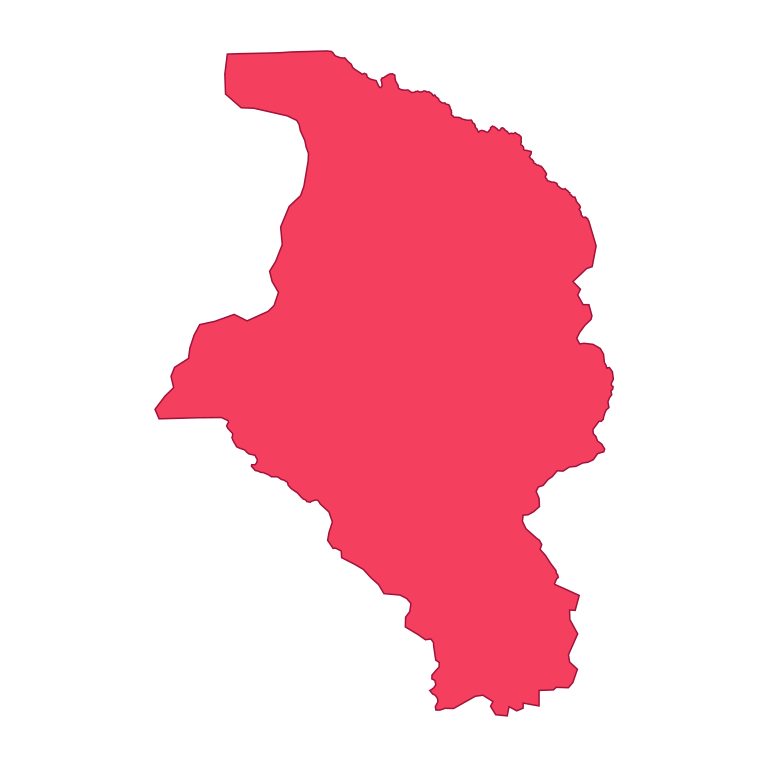 Chelan, Washington, United States of America (Albers equal-area conic projection), rotated 179°
{"feature_id": "52423323B33569460093340", "entity_name": "Chelan", "entity_type": "district", "adm_level": 2, "iso_a3": "USA", "parent_name": "United States of America", "parent_adm1": "Washington", "projection": "albers", "projection_center": [-120.784, 47.904], "detail": "fine", "context": "isolated", "style": "filled", "palette": "rose", "viewbox_px": 768, "rotation_deg": 179, "n_neighbors": 0, "source": "geoboundaries", "source_scale": "gbopen_adm2", "svg_char_len": 6124}
<svg xmlns="http://www.w3.org/2000/svg" viewBox="0 0 768 768"><g transform="rotate(179 384 384)"><path d="M176.4,543.4L177.3,544.6L177.4,545.7L177.6,545.9L178.4,546.0L178.8,546.8L179.6,547.4L180.2,547.4L180.6,547.0L181.1,546.9L182.5,547.6L182.9,548.5L183.7,549.2L183.9,549.7L183.8,551.3L184.4,552.0L184.2,552.5L184.4,553.1L185.3,554.4L185.5,555.2L185.9,555.5L184.8,556.6L184.6,557.1L184.6,557.6L185.5,559.6L187.4,561.7L187.8,562.5L188.5,563.2L188.9,565.2L189.4,566.1L189.7,567.4L190.0,567.6L190.8,567.4L191.4,567.6L193.1,568.8L193.2,569.3L193.6,569.7L194.5,570.2L194.8,570.6L195.0,571.6L194.9,572.1L195.6,572.2L197.1,574.2L198.0,574.6L199.1,575.7L199.5,576.2L200.1,575.7L201.1,575.8L202.0,575.6L205.1,577.5L205.7,578.3L207.0,579.1L207.4,581.1L207.8,581.6L210.1,582.7L211.2,582.9L212.2,582.8L213.1,583.1L213.6,583.1L214.0,583.4L214.9,583.8L217.1,584.4L217.5,585.9L218.3,586.6L219.0,588.0L219.1,588.5L218.8,588.9L218.8,589.4L218.1,590.1L217.9,590.6L217.9,591.7L218.6,592.4L218.9,592.8L219.0,593.4L220.4,595.4L220.8,595.7L220.9,596.2L221.5,597.1L223.2,599.0L224.3,599.2L225.6,600.1L227.1,600.2L229.2,601.9L230.2,602.2L230.7,602.8L230.4,603.8L230.7,604.3L231.1,604.5L231.9,605.9L232.3,606.2L233.2,606.5L233.8,607.4L234.7,608.3L234.7,608.6L233.9,609.7L233.8,610.2L232.9,611.5L232.8,613.0L232.6,613.6L233.2,614.1L235.8,614.6L236.8,615.0L239.4,615.3L240.2,616.0L240.4,618.5L241.8,620.2L243.0,620.8L243.1,621.2L242.5,623.4L242.5,623.9L242.7,624.3L242.5,626.4L242.6,626.9L242.5,627.9L242.6,628.4L242.8,628.9L244.6,630.7L246.0,631.4L246.5,631.5L248.0,632.8L248.6,633.0L249.9,632.1L250.4,632.0L251.4,632.4L253.1,632.5L253.6,632.3L253.9,631.9L254.2,631.8L255.4,632.8L256.2,634.2L258.4,635.6L259.4,637.0L260.7,638.0L261.2,638.1L262.2,637.8L262.6,637.4L262.8,636.7L264.3,635.5L264.7,635.5L265.6,636.0L266.9,637.6L267.8,638.1L268.6,638.9L271.1,640.0L272.8,638.6L273.1,638.2L273.1,637.1L273.3,636.6L274.2,635.9L275.3,634.4L276.0,633.8L276.4,633.8L279.5,635.3L280.6,635.5L281.7,635.9L283.0,635.6L284.0,635.2L284.9,634.1L285.3,634.3L286.1,636.1L286.4,637.1L288.2,639.0L288.3,640.6L288.9,642.3L289.6,643.0L290.5,643.4L291.0,644.2L291.4,645.4L292.2,646.4L295.0,646.2L297.8,646.6L299.3,647.1L301.4,647.5L301.9,648.2L304.8,649.4L305.9,649.2L307.5,649.6L308.9,649.3L309.7,649.7L310.1,650.3L310.3,650.8L311.3,651.5L312.0,652.3L312.0,652.8L311.7,653.9L311.7,654.4L312.0,654.8L311.8,656.2L312.7,657.7L313.3,659.5L313.2,660.1L313.8,660.9L314.1,661.8L315.1,662.3L317.3,662.8L317.8,663.7L318.2,664.0L320.3,663.9L321.3,664.2L323.8,666.2L324.2,667.2L324.5,668.3L327.3,670.5L327.6,670.9L327.9,671.9L328.3,672.1L328.6,672.1L329.4,671.4L329.9,671.4L330.3,671.9L330.9,673.1L331.9,674.1L332.8,674.5L334.0,675.5L336.0,675.1L336.9,676.0L339.0,676.3L341.4,675.4L343.7,675.4L345.0,676.3L346.7,675.9L347.1,676.0L348.1,675.3L351.2,674.9L354.9,677.6L358.4,677.4L361.9,678.1L364.3,679.4L364.8,682.6L367.0,686.4L367.7,689.9L367.7,692.5L370.0,694.0L372.7,693.9L375.2,692.7L379.1,690.3L380.7,689.9L381.7,688.0L381.0,685.5L380.6,682.4L382.1,680.4L383.3,680.7L384.5,682.8L386.6,687.5L391.1,688.7L393.2,689.5L395.5,691.3L396.0,693.9L398.3,695.0L399.3,694.4L400.2,694.1L407.4,698.9L409.8,701.0L411.1,704.2L414.5,707.2L417.5,710.8L419.7,710.6L422.6,711.2L426.7,712.8L428.1,714.2L429.1,715.9L430.7,717.4L435.3,718.0L470.6,717.6L483.7,717.0L494.3,716.9L521.4,716.8L534.9,716.6L537.7,696.8L537.4,676.7L522.0,662.7L509.4,662.0L476.0,653.8L466.7,649.1L464.4,645.2L463.2,638.7L458.9,628.8L457.7,622.1L455.5,616.0L455.9,608.6L460.6,583.2L464.1,573.8L475.7,563.2L484.6,542.8L483.3,525.1L490.2,508.4L496.4,498.7L494.1,488.5L487.9,477.5L492.5,464.4L498.7,458.6L519.8,449.5L532.6,456.2L552.1,449.6L567.2,446.6L573.0,436.2L577.5,423.2L579.0,413.0L593.1,404.3L596.8,395.4L594.4,384.0L603.2,375.7L613.4,362.7L609.5,353.1L571.2,353.5L547.2,353.3L540.7,350.2L540.1,348.4L541.3,346.6L542.1,344.8L540.8,342.2L536.1,337.0L536.4,334.4L537.0,333.1L535.6,329.5L532.4,323.8L529.4,322.3L524.4,320.5L522.1,317.9L520.2,316.4L514.3,315.0L511.9,310.3L512.7,307.6L514.0,305.8L515.8,305.5L517.7,305.6L518.0,304.1L514.2,299.7L511.7,299.2L508.5,297.7L506.3,297.6L500.4,294.9L498.3,293.2L492.1,293.1L488.2,290.3L485.6,289.6L482.2,287.4L481.6,284.5L478.6,281.0L472.4,276.6L468.9,272.5L466.8,270.4L464.4,269.5L463.2,267.8L459.8,267.1L458.4,268.1L453.6,269.4L451.4,268.0L449.8,265.1L441.3,257.0L438.0,246.9L441.5,236.8L443.1,228.7L437.8,220.5L435.2,220.7L429.7,217.8L429.4,211.1L416.6,204.3L407.9,199.0L400.6,190.7L392.9,183.5L387.7,174.4L371.7,172.7L365.1,169.2L360.9,164.2L362.2,156.0L366.5,150.5L366.9,140.7L353.9,132.6L347.1,127.6L341.5,128.2L339.1,124.7L338.8,120.2L337.1,107.0L333.6,104.6L333.9,99.9L337.1,96.7L341.1,92.1L341.3,88.3L338.4,86.8L337.4,82.4L339.5,79.4L343.0,76.9L343.6,76.8L340.8,73.2L338.2,71.9L336.0,68.7L335.7,65.2L338.3,60.5L337.8,57.1L333.7,57.0L328.5,58.7L320.2,58.3L298.2,70.2L290.5,71.1L280.6,64.6L283.1,59.9L278.1,51.4L266.6,50.0L264.6,59.2L257.0,54.9L250.6,57.4L250.4,62.5L234.6,59.4L234.3,74.9L219.9,75.2L217.1,77.7L205.0,77.1L200.4,82.2L195.6,95.4L203.3,102.8L204.3,110.1L194.7,130.8L202.3,145.3L202.4,154.8L196.8,154.3L192.5,169.2L216.6,180.6L217.0,181.4L214.7,186.3L213.1,187.5L213.7,190.2L214.9,191.7L215.4,194.6L220.5,201.6L225.5,209.7L230.8,215.9L229.1,220.8L231.4,225.2L233.8,226.8L244.6,236.8L248.0,244.3L247.2,250.4L242.3,250.7L236.6,253.7L230.7,258.8L231.0,267.2L233.8,273.9L231.5,278.3L226.7,279.8L221.6,285.7L217.3,288.5L212.4,294.2L206.4,293.8L200.1,297.8L193.6,298.3L186.9,301.5L181.5,302.2L176.1,304.6L171.5,310.8L165.5,312.3L164.5,315.1L167.4,320.2L171.6,323.3L173.0,327.8L175.6,330.7L175.9,334.9L169.7,342.9L167.5,342.9L165.4,344.8L165.0,347.2L163.6,351.4L162.3,354.1L159.5,356.5L160.4,362.3L158.8,366.3L156.5,369.3L157.2,373.1L155.4,374.9L155.0,377.5L156.2,378.1L156.8,380.0L156.3,381.5L154.6,384.7L155.4,392.2L158.3,396.5L160.2,396.3L160.9,395.9L161.7,398.8L163.3,401.7L164.0,410.0L167.1,415.7L174.3,420.0L183.1,421.2L187.7,420.7L190.5,426.3L187.6,432.0L182.1,439.2L175.9,444.9L174.9,448.5L177.7,459.7L183.6,459.9L188.8,469.7L185.9,475.3L193.3,483.1L179.4,495.9L173.8,497.7L169.5,518.3L176.4,543.4Z" fill="#f43f5e" stroke="#9f1239" stroke-width="1.5"/></g></svg>